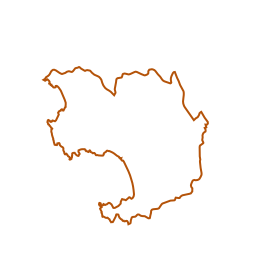 Kathu, Phuket, Thailand, rotated 329°
{"feature_id": "78962969B91269894651951", "entity_name": "Kathu", "entity_type": "district", "adm_level": 2, "iso_a3": "THA", "parent_name": "Thailand", "parent_adm1": "Phuket", "projection": "equal_earth", "projection_center": [98.291, 7.922], "detail": "fine", "context": "isolated", "style": "outline", "palette": "amber", "viewbox_px": 256, "rotation_deg": 329, "n_neighbors": 0, "source": "geoboundaries", "source_scale": "gbopen_adm2", "svg_char_len": 5685}
<svg xmlns="http://www.w3.org/2000/svg" viewBox="0 0 256 256"><g transform="rotate(329 128 128)"><path d="M176.3,89.0L175.1,89.5L174.6,89.9L173.7,91.4L173.2,91.8L171.5,92.0L169.7,91.6L169.1,91.2L167.2,88.7L164.5,84.6L163.6,83.7L162.5,83.4L157.8,82.9L156.3,82.5L155.9,82.2L154.3,80.6L153.2,79.6L151.7,79.1L151.0,79.3L149.4,80.9L148.5,81.4L144.6,79.9L143.5,80.1L142.7,80.8L141.4,82.5L136.9,87.6L136.5,88.2L135.8,90.5L135.4,91.4L133.0,92.8L131.9,88.1L130.8,85.7L130.0,84.4L129.2,82.4L129.0,81.5L128.8,78.8L129.2,76.0L130.0,72.9L129.9,71.1L129.5,69.3L128.8,68.1L126.6,65.0L125.6,62.2L125.1,59.5L124.6,58.9L122.9,57.4L121.8,57.0L120.6,56.9L120.4,56.7L118.4,53.0L117.8,51.0L117.4,50.5L115.9,50.4L114.3,49.8L113.4,49.7L110.3,50.9L109.2,51.1L108.4,50.8L106.8,49.1L106.1,48.7L104.3,48.3L102.8,48.5L99.5,47.8L98.9,47.4L97.8,45.7L95.8,41.4L94.7,40.0L93.6,39.5L92.4,39.6L91.3,39.9L88.7,41.5L87.4,42.0L86.2,42.2L83.8,42.3L82.1,43.2L80.4,43.2L81.3,44.8L82.5,44.8L83.4,44.7L83.9,44.7L84.1,45.1L84.6,47.0L84.6,47.9L84.1,48.9L83.5,49.1L83.3,49.3L84.1,50.1L83.8,50.8L83.8,51.2L84.6,51.6L84.3,52.2L84.3,52.6L84.8,53.1L84.9,54.3L85.0,54.8L85.6,55.3L86.8,55.8L87.1,55.7L87.7,54.8L88.3,55.0L88.7,55.4L89.0,56.1L89.4,57.5L89.6,60.5L89.6,61.8L88.3,71.2L87.6,74.3L86.5,76.1L85.7,77.1L85.5,77.8L84.7,77.9L81.7,79.8L81.3,79.6L81.2,78.2L80.6,77.8L79.6,78.0L79.2,78.5L78.2,78.2L77.1,78.2L76.6,78.8L75.9,79.0L75.6,80.8L70.3,84.3L68.9,84.6L67.2,82.7L66.7,82.7L66.2,83.2L65.1,83.1L64.6,82.5L64.7,81.6L64.2,81.2L64.1,80.3L63.9,80.1L63.3,80.1L62.5,80.8L61.9,81.6L61.9,82.5L61.5,83.8L62.1,84.5L61.9,85.6L62.2,86.2L62.3,87.4L62.2,88.3L62.7,89.1L62.7,89.6L61.4,90.0L60.8,91.1L60.3,91.7L60.0,93.2L59.3,94.8L58.7,97.2L58.4,98.7L58.2,99.2L57.9,99.4L57.7,100.9L57.3,101.5L56.5,104.5L56.9,105.1L57.4,105.2L58.2,106.0L58.7,105.9L59.5,104.8L59.8,104.9L60.0,105.2L61.0,105.3L61.3,105.6L61.3,106.2L60.9,107.3L60.8,107.8L61.3,109.6L62.1,110.8L62.2,112.0L62.0,112.4L61.6,112.9L61.0,114.1L61.0,115.5L60.5,116.6L60.4,117.8L60.4,118.0L60.8,118.3L61.7,118.1L62.0,118.3L62.1,118.6L61.8,119.2L62.2,119.9L62.1,121.3L62.3,121.5L62.6,122.3L62.9,122.6L62.7,123.5L63.1,124.1L63.3,124.2L63.2,124.3L62.5,124.2L62.1,124.4L61.7,124.8L61.9,125.2L63.0,125.4L63.6,125.3L63.6,124.6L64.1,124.6L64.9,124.2L65.3,123.7L65.7,122.9L66.0,122.8L67.1,121.1L67.5,121.0L68.2,121.1L69.5,121.8L69.6,123.6L70.2,125.4L70.9,126.3L71.3,126.4L72.2,125.7L73.1,125.4L73.3,125.1L73.3,122.8L74.1,121.7L76.3,122.0L77.7,122.5L79.9,123.8L80.3,124.6L80.0,125.2L80.0,125.5L80.1,125.9L80.3,125.8L80.4,126.2L81.1,127.1L81.3,127.7L81.7,128.2L82.1,128.2L83.1,127.5L83.7,127.5L83.9,127.9L83.7,129.4L84.3,130.2L84.9,131.6L85.9,131.8L86.3,132.1L86.6,133.2L86.5,134.2L86.6,134.8L87.2,135.2L87.8,135.4L88.6,136.3L90.6,137.7L92.2,138.7L92.7,138.7L93.0,138.4L93.6,138.2L94.1,137.4L95.0,137.1L96.7,137.1L98.0,136.6L98.6,136.8L99.7,138.0L100.2,138.2L102.1,141.0L103.0,142.8L104.3,146.2L105.3,147.8L105.4,148.2L105.2,148.6L105.3,149.2L105.8,149.5L106.3,150.0L105.7,150.5L105.8,150.7L106.4,150.7L106.0,151.1L105.9,151.9L106.2,153.0L106.6,153.1L107.0,153.5L107.1,154.8L106.1,165.1L105.4,169.5L104.3,174.0L103.4,177.4L102.2,180.8L100.8,184.1L99.0,187.9L97.9,189.2L97.3,189.7L95.6,190.5L94.5,190.4L94.2,189.8L93.8,188.4L93.4,188.0L89.0,188.8L88.8,188.7L88.2,187.7L87.5,187.3L86.7,186.2L86.3,185.9L83.9,187.4L82.8,189.0L82.6,189.1L79.6,189.9L75.6,189.7L74.6,189.2L74.3,188.9L74.5,185.0L73.7,182.9L73.2,182.4L72.7,182.2L70.5,182.5L69.5,182.2L68.8,182.2L68.2,181.7L68.1,181.0L67.9,180.6L67.4,180.7L67.0,181.3L66.2,181.3L65.6,180.8L65.3,180.1L65.3,179.6L65.7,178.7L65.7,178.3L64.9,177.5L64.6,177.6L63.8,178.6L63.7,179.5L63.7,179.8L64.2,180.6L64.2,181.2L64.6,181.9L64.6,182.3L63.0,182.5L62.5,182.8L62.3,184.9L62.3,186.2L62.1,186.7L61.6,186.9L61.5,188.3L60.4,190.8L60.5,191.0L61.0,190.9L61.3,191.1L62.0,192.4L62.7,193.5L63.3,194.0L64.2,194.3L64.4,194.7L64.6,195.7L65.1,196.6L64.9,198.4L65.0,200.1L65.9,200.3L66.4,200.8L66.8,200.7L71.8,197.6L73.4,196.1L73.6,196.1L74.8,196.9L75.1,197.3L74.7,198.9L74.5,200.4L75.0,202.5L75.5,203.1L75.7,204.9L76.1,205.2L76.6,205.3L76.7,206.0L77.2,206.4L78.7,206.7L79.4,207.4L79.4,208.9L78.8,210.7L80.7,210.9L81.3,210.7L83.0,208.5L85.2,206.6L86.3,206.7L88.4,207.7L89.4,207.7L91.0,207.2L91.9,207.2L92.8,207.8L93.7,209.7L94.8,210.8L97.0,212.3L99.0,215.9L100.2,216.5L100.6,216.2L102.0,214.6L104.0,212.6L105.2,210.9L106.3,210.4L106.9,210.4L107.9,210.7L111.5,212.4L112.6,212.7L113.3,212.7L116.2,211.3L117.6,210.7L118.6,210.5L127.0,212.1L130.1,213.7L130.7,213.9L131.4,213.7L132.5,212.6L133.1,212.3L135.3,214.1L136.0,214.5L136.5,214.5L137.6,213.9L139.1,213.7L140.2,213.8L146.9,216.1L148.2,216.4L150.4,215.5L152.1,212.8L151.9,211.6L152.0,210.8L152.5,209.4L153.8,208.2L155.9,206.7L156.8,206.4L157.4,206.5L158.1,206.7L158.9,207.5L159.7,207.9L160.9,208.4L162.2,208.5L163.0,208.4L164.9,207.4L166.9,206.0L167.8,204.6L169.7,199.6L172.1,194.4L172.7,193.3L173.7,192.3L174.9,189.3L179.6,181.2L180.4,180.3L180.9,180.1L184.5,179.8L184.9,179.6L185.1,179.1L185.4,176.6L187.2,174.4L188.0,172.8L188.9,171.9L189.8,171.3L190.7,171.0L192.6,170.9L193.2,170.2L193.6,169.3L193.9,168.5L193.7,168.1L193.8,167.4L195.5,167.7L196.2,165.0L197.2,165.7L197.9,165.7L198.8,165.2L199.5,163.9L199.0,158.6L199.1,151.9L198.4,151.9L196.9,152.2L195.8,153.3L193.8,154.4L193.2,154.6L191.2,154.6L188.5,155.2L187.4,139.6L187.4,138.2L187.7,136.6L188.0,135.4L188.9,133.5L192.8,128.4L193.9,126.6L194.5,125.1L194.8,118.0L195.6,113.8L195.9,110.3L197.0,104.1L195.9,103.7L194.7,104.1L191.9,106.0L190.4,107.4L189.4,109.0L188.5,111.3L187.9,111.6L187.2,111.5L183.2,106.7L182.5,105.4L182.2,104.0L182.0,100.6L181.3,97.4L180.8,93.1L180.4,91.9L179.4,90.5L178.7,89.9L176.3,89.0Z" fill="none" stroke="#b45309" stroke-width="2"/></g></svg>